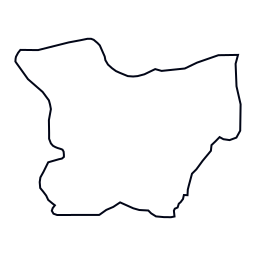 Dékoa, Kémo, Central African Republic (Natural Earth projection)
{"feature_id": "33826404B62845091164313", "entity_name": "Dékoa", "entity_type": "district", "adm_level": 2, "iso_a3": "CAF", "parent_name": "Central African Republic", "parent_adm1": "Kémo", "projection": "natural_earth1", "projection_center": [19.104, 6.266], "detail": "fine", "context": "isolated", "style": "outline", "palette": "ink", "viewbox_px": 256, "rotation_deg": 0, "n_neighbors": 0, "source": "geoboundaries", "source_scale": "gbopen_adm2", "svg_char_len": 1256}
<svg xmlns="http://www.w3.org/2000/svg" viewBox="0 0 256 256"><path d="M174.5,216.5L173.9,210.7L174.8,208.7L177.6,207.5L178.8,203.7L180.6,202.2L183.0,199.0L183.9,195.0L187.5,195.2L187.8,189.6L188.8,185.6L192.0,173.7L196.4,169.3L202.7,160.7L210.9,150.8L211.5,145.1L215.4,141.4L219.6,137.1L223.4,139.2L229.6,140.1L236.4,137.6L240.2,130.7L240.6,104.3L236.5,86.3L235.6,63.8L238.0,54.9L218.4,55.2L197.1,62.6L184.8,68.5L161.6,70.9L155.2,69.1L144.4,74.3L137.6,76.1L133.1,76.5L127.8,76.1L120.0,72.9L116.0,71.1L112.0,68.2L108.0,64.6L105.4,60.2L104.7,56.5L99.8,45.4L97.5,43.0L93.7,39.8L91.1,38.8L87.4,38.8L80.6,40.2L68.8,42.4L38.0,50.1L20.4,49.9L18.1,52.8L16.0,56.7L15.6,58.7L15.4,61.5L16.4,63.0L28.0,79.2L42.7,92.0L48.9,100.4L50.0,104.4L50.9,109.1L48.9,120.1L49.1,132.5L49.1,138.8L50.9,143.4L53.0,145.8L55.4,147.1L57.6,148.0L60.9,149.0L62.5,149.7L63.6,151.6L63.9,154.7L63.9,156.9L61.9,158.6L59.0,159.2L52.7,161.0L48.2,162.3L43.5,171.8L40.4,177.4L39.7,182.1L40.2,188.0L43.1,191.5L46.2,195.6L48.2,199.9L52.4,203.4L54.9,205.3L52.7,208.1L51.8,210.8L53.5,213.7L57.1,215.0L99.3,214.9L106.3,209.9L113.3,206.9L120.1,202.4L133.3,208.3L139.3,210.0L148.3,210.5L151.2,213.4L156.0,216.4L163.7,217.1L171.0,217.2L174.5,216.5Z" fill="none" stroke="#020617" stroke-width="2"/></svg>